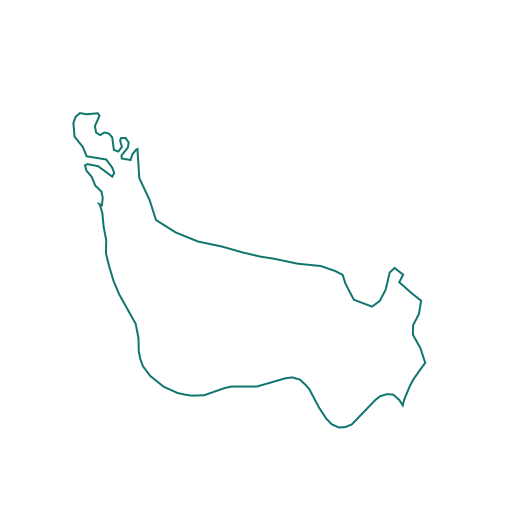 Chonnae, Kangwŏn-do, North Korea, rotated 252°
{"feature_id": "82179303B51352172049621", "entity_name": "Chonnae", "entity_type": "district", "adm_level": 2, "iso_a3": "PRK", "parent_name": "North Korea", "parent_adm1": "Kangwŏn-do", "projection": "robinson", "projection_center": [127.238, 39.287], "detail": "fine", "context": "isolated", "style": "outline", "palette": "teal", "viewbox_px": 512, "rotation_deg": 252, "n_neighbors": 0, "source": "geoboundaries", "source_scale": "gbopen_adm2", "svg_char_len": 1626}
<svg xmlns="http://www.w3.org/2000/svg" viewBox="0 0 512 512"><g transform="rotate(252 256 256)"><path d="M353.8,123.0L351.9,123.4L344.3,123.1L330.7,120.1L317.1,118.4L310.1,115.9L304.8,114.1L290.5,113.1L276.4,112.8L261.5,114.1L228.6,120.6L214.0,118.8L201.5,115.0L193.3,114.1L186.1,114.4L174.5,118.4L160.2,127.8L149.9,139.1L146.1,145.7L143.2,151.3L139.6,163.5L140.1,185.1L139.4,192.4L132.4,214.0L131.6,216.5L130.6,246.2L129.3,253.1L124.7,259.7L118.0,263.4L112.6,265.6L92.3,269.1L79.8,272.5L72.6,276.0L67.4,281.6L65.7,287.9L66.2,295.1L82.3,325.2L84.3,330.8L84.1,338.0L81.8,343.6L75.1,347.7L68.6,349.4L73.8,352.7L85.1,362.4L90.5,368.1L99.5,380.3L102.1,383.9L108.5,383.9L117.5,383.9L132.6,380.9L141.6,384.0L150.6,393.1L162.5,399.2L171.6,393.1L186.8,384.1L192.7,390.2L193.5,389.7L201.8,384.1L198.9,378.0L183.9,368.9L175.0,359.8L172.0,350.7L184.2,335.5L202.3,332.5L211.3,332.6L217.4,326.5L226.5,314.4L235.8,293.2L248.0,272.0L254.1,259.9L263.3,244.7L275.5,226.5L287.7,205.3L302.9,187.2L321.1,172.0L342.1,172.1L366.2,169.1L394.4,176.3L394.1,174.8L390.8,169.7L386.0,166.4L386.5,165.6L390.2,158.4L393.2,159.2L398.8,167.7L403.3,170.0L408.6,168.4L409.8,164.0L407.7,162.4L401.2,162.2L397.9,157.4L400.8,153.6L413.2,155.9L417.9,154.0L420.3,150.0L419.1,145.1L422.8,142.1L429.3,142.9L437.7,150.5L440.7,149.5L441.4,146.3L443.1,138.8L446.3,132.7L444.1,127.5L438.9,123.4L432.8,122.0L425.6,120.3L413.5,124.9L403.1,125.8L394.1,143.3L384.7,146.5L378.7,146.8L375.9,143.8L390.2,133.6L395.5,124.0L395.1,121.4L389.7,121.1L381.9,124.2L372.6,124.9L365.1,128.9L358.6,128.2L351.9,125.1L353.8,123.0Z" fill="none" stroke="#0f766e" stroke-width="2"/></g></svg>